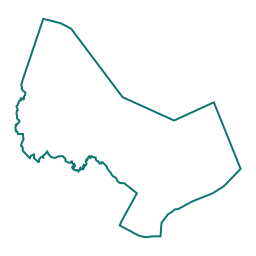 Segamat, Johor, Malaysia (Robinson projection)
{"feature_id": "92858781B96897508285102", "entity_name": "Segamat", "entity_type": "district", "adm_level": 2, "iso_a3": "MYS", "parent_name": "Malaysia", "parent_adm1": "Johor", "projection": "robinson", "projection_center": [102.787, 2.5], "detail": "fine", "context": "isolated", "style": "outline", "palette": "teal", "viewbox_px": 256, "rotation_deg": 0, "n_neighbors": 0, "source": "geoboundaries", "source_scale": "gbopen_adm2", "svg_char_len": 3176}
<svg xmlns="http://www.w3.org/2000/svg" viewBox="0 0 256 256"><path d="M43.3,18.8L23.1,78.7L21.3,84.7L21.3,85.0L21.6,86.1L21.9,86.7L21.9,87.4L21.9,88.2L21.8,89.0L22.2,89.8L23.2,90.8L23.5,91.2L24.1,91.5L25.0,92.1L25.3,92.5L25.4,93.3L25.2,94.0L25.0,94.8L24.6,95.7L24.1,96.5L23.9,97.4L23.9,98.3L23.9,99.1L23.3,99.4L22.8,98.6L22.3,98.3L21.4,98.3L20.5,98.7L20.6,99.4L21.0,99.9L20.8,100.4L20.3,100.5L19.5,100.7L19.3,101.0L18.7,101.7L18.5,102.3L18.7,102.8L18.3,103.4L17.9,103.9L17.7,105.0L17.4,105.5L16.6,105.9L16.5,106.6L16.7,107.3L17.1,108.1L17.4,108.8L17.6,109.5L17.7,110.2L17.3,110.8L16.8,110.9L16.7,112.0L16.5,113.8L16.7,114.8L17.0,115.6L17.1,116.6L17.0,117.9L17.7,119.3L18.3,119.7L19.1,120.3L19.4,120.7L19.4,121.9L18.0,123.2L17.4,124.2L16.8,124.2L16.4,124.2L15.8,124.8L15.7,125.6L16.1,126.0L15.7,126.8L15.4,127.5L15.6,128.7L15.8,130.2L16.0,131.4L16.6,131.4L17.3,131.6L17.7,133.2L17.9,134.0L22.9,134.0L23.5,139.8L22.7,140.9L22.0,142.3L21.6,143.7L21.1,144.8L21.1,145.9L22.3,146.7L22.7,148.1L22.8,149.9L23.3,151.3L29.8,158.1L30.9,155.9L32.7,154.9L33.9,154.4L34.3,156.0L33.9,157.6L34.5,158.8L35.8,159.7L37.6,161.3L38.0,162.0L39.2,161.6L39.1,160.2L39.3,159.2L40.0,158.3L41.1,157.1L42.0,157.2L43.3,157.5L42.9,155.8L44.5,154.7L45.9,153.1L47.2,151.6L48.5,154.1L49.6,155.4L50.5,156.4L51.5,157.2L53.1,157.6L54.7,157.9L56.0,157.6L57.8,156.6L61.6,156.1L63.1,156.3L64.0,157.5L65.0,158.2L65.5,159.6L65.4,161.0L66.1,161.5L66.7,161.8L67.3,161.9L67.8,162.1L68.6,162.6L69.6,162.8L70.2,162.7L70.8,162.3L71.5,161.4L72.0,161.5L71.9,162.2L72.1,162.9L72.5,163.4L72.9,163.9L73.4,164.0L74.2,163.8L74.3,164.2L73.8,164.7L73.6,165.2L73.8,165.7L74.4,165.5L74.7,165.6L74.3,166.0L74.0,166.2L73.9,166.6L74.4,166.7L74.2,167.0L73.7,167.1L73.6,167.5L73.6,167.8L73.3,167.6L73.0,167.1L72.8,166.6L72.3,166.9L72.4,167.2L72.1,167.6L72.5,168.1L73.1,168.7L73.2,169.1L73.5,169.6L74.4,169.7L74.9,170.1L75.2,170.3L75.7,170.4L76.5,170.0L77.0,170.0L77.1,170.6L77.4,170.6L77.8,170.1L78.2,170.2L78.5,171.2L79.0,170.5L79.4,170.5L79.9,170.0L79.9,169.3L80.0,168.5L80.5,167.6L80.9,168.0L81.3,168.7L81.7,169.1L82.3,169.3L83.1,169.3L83.5,168.8L83.5,168.3L83.1,167.4L83.1,166.7L83.3,165.8L83.6,165.2L84.1,166.1L84.5,166.5L84.7,165.9L84.5,165.0L85.1,165.0L85.6,165.3L86.0,164.9L86.3,164.3L86.6,163.4L86.3,162.7L85.9,162.0L85.8,161.1L86.3,160.7L86.3,159.9L87.1,160.3L87.5,159.8L87.5,158.8L87.8,158.2L88.7,156.6L89.6,156.2L89.6,156.8L89.4,157.4L90.5,158.0L91.3,157.1L91.8,156.3L93.6,157.3L94.7,157.3L95.7,157.5L95.7,158.4L95.6,159.1L96.3,160.2L97.3,161.3L98.3,161.3L98.7,162.3L99.7,163.5L101.0,163.5L101.4,162.2L102.8,162.4L103.5,163.3L104.8,164.4L105.4,165.3L106.8,166.3L106.8,167.7L107.9,169.3L111.0,173.2L112.3,175.5L113.2,176.4L115.3,177.4L116.5,178.6L117.0,180.4L118.0,181.7L119.7,182.9L121.4,183.1L123.3,183.2L124.3,183.3L136.9,193.3L120.9,222.3L119.8,225.5L138.3,235.4L142.5,236.6L146.2,237.2L152.5,236.3L160.5,236.3L161.5,222.8L167.8,214.5L171.5,212.1L175.0,209.4L177.9,209.1L181.0,207.6L187.4,204.0L193.2,201.0L200.0,198.3L209.0,194.8L213.2,193.0L217.7,190.0L223.2,186.7L227.2,182.8L240.6,168.8L213.9,102.5L212.8,102.8L174.1,120.5L122.6,97.2L71.0,28.6L60.8,23.3L43.3,18.8Z" fill="none" stroke="#0f766e" stroke-width="2"/></svg>